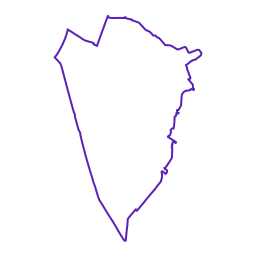 outline of Tan Binh, Hồ Chí Minh city, Vietnam
{"feature_id": "81297802B72151759297882", "entity_name": "Tan Binh", "entity_type": "district", "adm_level": 2, "iso_a3": "VNM", "parent_name": "Vietnam", "parent_adm1": "Hồ Chí Minh city", "projection": "robinson", "projection_center": [106.659, 10.803], "detail": "fine", "context": "isolated", "style": "outline", "palette": "violet", "viewbox_px": 256, "rotation_deg": 0, "n_neighbors": 0, "source": "geoboundaries", "source_scale": "gbopen_adm2", "svg_char_len": 3202}
<svg xmlns="http://www.w3.org/2000/svg" viewBox="0 0 256 256"><path d="M67.8,29.6L66.7,33.8L65.1,38.5L62.6,44.3L59.3,50.6L57.4,53.8L56.9,54.6L54.7,57.4L58.9,61.8L59.6,62.6L60.2,63.3L60.8,64.5L61.5,66.5L62.8,71.3L64.2,76.7L68.4,92.4L70.6,100.7L72.8,108.6L73.9,112.4L74.8,114.2L74.9,115.8L74.9,116.4L77.5,126.0L78.1,128.4L78.4,129.1L78.6,129.7L79.0,130.5L79.3,131.2L80.0,132.3L80.5,135.3L81.8,140.9L83.5,147.6L84.7,152.1L84.9,153.1L87.6,162.6L90.2,171.4L92.5,178.8L93.1,181.2L94.4,184.8L95.4,187.6L95.6,188.4L96.8,192.4L98.2,197.1L99.1,199.3L99.3,199.9L100.7,202.1L103.8,207.2L107.2,212.8L109.5,216.4L111.9,220.1L112.9,221.6L113.3,222.4L115.3,225.7L117.1,228.8L119.0,232.1L121.4,236.1L123.4,239.2L124.3,240.5L125.7,240.6L125.9,238.8L126.4,234.0L126.4,233.4L126.8,230.0L127.4,224.7L127.5,223.2L127.8,219.4L128.0,218.8L128.3,218.2L130.5,215.5L134.6,210.7L135.7,209.6L135.8,210.1L136.0,210.4L136.2,210.5L136.3,210.6L136.6,210.7L137.0,210.7L144.3,201.9L147.2,198.2L148.0,197.3L150.0,194.9L154.8,189.3L156.7,186.7L160.8,181.6L161.4,179.6L161.5,179.4L162.0,176.7L162.1,175.2L161.6,172.1L161.6,171.8L162.2,171.2L164.5,172.9L165.6,173.9L166.2,173.3L166.4,173.2L166.7,172.5L167.0,171.5L167.2,170.9L167.0,170.4L166.0,169.5L165.2,169.1L164.8,169.0L164.5,168.2L165.0,168.2L165.2,167.9L167.0,165.4L168.9,162.6L171.9,157.9L172.0,156.1L172.2,149.2L172.2,147.4L171.8,147.3L172.0,144.5L172.4,144.5L172.5,143.1L173.0,141.9L173.5,141.6L175.7,142.9L176.0,142.2L174.0,140.8L170.4,138.5L169.6,138.0L169.2,137.7L168.0,136.9L168.2,136.2L168.3,136.1L169.0,135.8L169.7,135.4L170.1,134.9L170.4,134.3L171.0,131.6L170.9,130.5L170.7,130.0L171.3,129.2L172.3,128.4L172.9,128.3L173.5,128.5L173.7,127.8L173.8,127.0L174.0,126.1L174.2,124.7L174.2,123.9L174.4,122.3L174.5,119.5L174.6,118.2L174.7,116.6L175.2,116.2L175.9,115.9L176.1,115.7L176.2,114.6L176.4,113.3L178.4,113.4L178.5,112.9L178.0,112.8L177.0,112.6L177.2,110.0L177.9,110.0L178.6,110.0L181.0,105.5L181.5,99.0L181.9,94.5L183.2,92.6L184.5,91.5L186.1,90.7L188.2,90.5L189.5,90.3L190.2,89.9L190.9,89.1L193.8,89.9L193.9,88.9L193.5,88.7L192.8,88.2L192.9,87.3L192.9,85.8L192.9,85.1L192.7,84.6L191.9,83.6L189.6,80.9L188.7,79.8L188.4,79.4L190.3,78.6L190.4,78.3L190.0,77.3L190.2,77.2L188.8,73.8L188.6,72.7L187.7,70.6L186.8,68.0L187.0,67.7L186.0,65.1L187.8,63.9L190.5,61.6L191.7,60.8L191.9,60.9L193.0,60.1L193.7,60.0L194.9,59.7L195.9,59.3L197.1,58.3L199.0,56.9L200.5,55.7L201.3,54.3L201.2,52.6L199.1,50.0L198.0,49.7L197.0,49.9L189.8,52.7L189.3,52.8L188.7,52.6L188.3,52.1L187.4,50.4L186.1,47.6L185.5,47.2L185.0,47.0L184.3,47.1L178.4,49.4L177.9,49.5L177.5,49.4L175.6,48.4L171.7,46.0L170.6,45.5L169.3,45.3L165.7,45.1L165.2,45.1L164.4,44.1L159.6,38.6L158.8,37.9L157.7,37.6L157.2,37.4L156.8,36.9L156.2,36.3L156.0,35.9L155.8,35.7L155.2,35.6L154.5,35.6L153.7,35.6L153.2,35.5L150.7,32.6L149.4,31.6L145.6,29.9L144.9,29.1L139.2,22.9L138.7,22.6L131.8,20.1L131.9,19.6L127.8,18.7L125.4,18.1L125.5,17.4L124.9,17.3L124.8,18.0L116.2,17.9L113.0,18.1L109.2,17.7L108.3,16.8L108.1,15.4L106.1,20.7L102.2,31.4L96.9,45.9L93.7,44.3L93.9,43.4L92.2,42.5L90.5,42.0L89.6,41.8L85.5,40.6L84.3,40.1L81.0,38.0L77.8,35.8L76.5,35.1L72.2,32.3L72.1,32.2L68.8,30.2L67.8,29.6Z" fill="none" stroke="#5b21b6" stroke-width="2"/></svg>